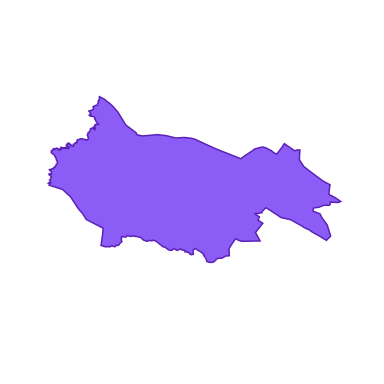 outline of Anka, Zamfara, Nigeria, rotated 124°
{"feature_id": "59680162B63960569375521", "entity_name": "Anka", "entity_type": "district", "adm_level": 2, "iso_a3": "NGA", "parent_name": "Nigeria", "parent_adm1": "Zamfara", "projection": "equal_earth", "projection_center": [6.08, 11.964], "detail": "fine", "context": "isolated", "style": "filled", "palette": "violet", "viewbox_px": 384, "rotation_deg": 124, "n_neighbors": 0, "source": "geoboundaries", "source_scale": "gbopen_adm2", "svg_char_len": 6055}
<svg xmlns="http://www.w3.org/2000/svg" viewBox="0 0 384 384"><g transform="rotate(124 192 192)"><path d="M116.7,63.4L116.6,69.8L117.4,77.2L113.6,79.3L108.8,81.6L109.7,89.5L108.9,106.2L108.3,114.3L107.8,114.8L106.2,118.9L104.8,121.3L96.8,126.1L98.4,128.4L100.4,129.8L100.3,142.5L104.6,142.4L113.2,142.9L113.6,145.2L113.7,146.1L113.3,150.0L113.5,150.5L113.9,152.7L113.8,154.1L114.9,158.1L116.0,159.5L121.3,164.1L124.3,165.1L132.5,168.5L137.1,170.1L142.4,194.1L144.2,203.9L146.6,219.0L147.6,222.2L151.3,229.2L156.2,235.4L159.7,244.9L163.6,252.5L173.3,264.5L175.3,269.5L174.1,271.7L173.5,284.3L167.1,298.3L165.2,305.7L164.5,310.0L164.5,313.0L164.1,315.8L164.3,318.6L164.7,322.1L165.2,322.0L165.5,321.2L166.0,320.8L167.3,320.9L167.5,320.5L168.6,320.7L168.9,320.6L168.8,320.2L169.3,320.1L169.5,319.9L169.8,320.0L170.3,319.6L171.2,319.7L172.0,319.6L172.7,319.2L173.7,319.6L174.1,320.3L174.4,320.3L175.2,321.0L176.4,321.7L176.7,321.4L177.2,321.3L177.2,321.0L177.8,320.5L177.9,320.2L179.5,320.4L179.8,320.5L180.0,320.8L180.3,320.8L180.7,321.0L180.8,321.3L181.1,321.5L181.3,321.9L181.8,322.0L182.4,322.8L182.7,322.6L182.7,321.6L183.2,321.3L183.2,320.8L184.1,319.3L184.7,319.2L185.4,320.2L186.0,320.0L186.0,319.2L185.7,317.9L185.2,317.5L184.4,315.1L184.6,314.4L185.2,314.1L185.6,313.5L185.4,313.1L185.6,312.8L186.0,313.0L187.3,310.7L187.5,310.0L187.9,309.3L187.9,307.8L188.1,308.0L188.5,307.9L188.8,308.3L189.4,308.6L189.5,309.2L189.9,309.3L189.9,309.7L190.5,310.0L191.1,310.0L191.5,309.5L191.6,309.1L192.0,308.8L192.7,309.7L193.4,310.0L193.4,308.0L193.6,307.6L194.9,307.4L194.9,308.1L194.5,310.0L195.1,310.2L195.4,310.5L195.5,311.2L196.2,311.5L197.5,311.2L198.4,310.6L199.3,310.6L200.7,311.4L201.0,311.1L201.9,310.9L202.7,310.4L203.0,310.7L203.4,310.4L203.7,310.4L204.4,309.0L204.7,308.5L205.3,308.4L205.7,307.7L207.4,307.6L207.7,307.9L207.6,308.6L208.2,308.9L208.2,310.1L208.8,310.7L208.9,312.0L209.7,313.3L209.8,313.8L210.0,313.9L210.0,313.6L210.4,313.6L210.4,314.0L210.8,314.6L211.4,314.8L212.8,316.2L213.1,316.2L214.7,315.8L214.8,315.3L215.2,315.0L215.4,315.6L216.3,315.6L216.2,316.0L216.4,316.1L216.7,315.9L216.9,316.3L218.1,316.5L218.8,317.1L219.1,317.0L219.7,316.0L220.2,315.9L220.4,316.3L220.7,316.3L221.0,316.8L221.0,317.4L220.8,317.6L220.7,318.1L221.0,318.3L220.9,318.9L220.6,319.0L220.5,319.4L220.9,319.6L220.9,319.8L220.5,320.9L220.3,320.9L220.3,321.0L220.4,321.6L220.7,321.7L221.0,322.1L221.4,321.9L221.8,322.3L222.1,321.9L222.4,321.9L222.8,322.3L223.0,321.9L223.3,322.2L223.8,322.2L223.9,321.9L223.8,321.4L224.1,321.0L224.0,320.7L224.0,320.3L223.5,319.6L223.8,319.3L223.7,318.8L224.4,318.7L224.4,319.2L224.8,319.7L225.0,319.1L225.3,319.5L225.2,319.7L225.7,319.9L225.8,320.2L226.0,320.2L225.9,321.3L226.3,321.0L226.6,321.1L226.8,321.5L226.5,322.3L226.7,322.6L227.2,322.5L227.3,322.8L227.0,323.1L227.1,323.3L227.5,323.3L227.7,323.7L227.5,323.9L228.1,324.6L228.0,324.8L228.0,325.6L228.3,325.7L228.9,325.3L229.0,325.1L229.0,324.6L229.1,324.2L229.8,324.0L230.3,324.7L230.6,324.7L230.6,325.1L230.3,325.2L230.4,325.6L231.1,325.6L231.0,325.2L231.4,325.6L231.2,326.1L231.6,326.2L231.3,326.7L231.0,326.8L231.3,327.2L231.1,327.5L231.1,328.1L231.5,328.9L231.9,328.7L232.2,329.3L233.2,329.6L233.2,330.1L233.0,330.3L233.1,330.7L233.4,330.8L233.7,330.6L234.1,331.1L234.5,330.8L235.2,330.9L235.4,331.2L236.0,331.1L236.2,331.6L236.5,331.6L236.8,331.1L237.5,331.1L238.2,330.4L238.3,328.7L238.2,327.6L238.9,325.6L239.7,324.7L239.8,323.5L240.4,323.0L240.8,322.9L241.0,322.3L241.9,321.7L241.7,321.1L241.9,320.5L242.7,320.2L243.3,319.5L244.1,319.5L244.9,320.1L246.0,319.5L247.0,319.7L247.9,319.5L248.0,319.5L248.0,319.9L248.2,320.1L249.2,320.0L249.7,320.2L250.0,320.0L250.5,320.7L251.0,321.1L251.7,320.9L252.2,321.4L252.3,321.9L253.2,322.7L253.5,322.1L253.6,320.9L254.0,320.0L255.3,318.8L255.9,318.5L256.6,320.4L257.2,320.6L257.6,320.2L257.7,318.4L257.9,317.5L258.4,316.6L259.0,316.9L260.4,316.5L262.0,316.7L262.6,315.0L263.2,314.2L263.5,314.4L263.6,315.0L263.9,315.4L264.3,315.5L264.7,316.0L265.2,316.1L265.1,314.5L265.6,314.0L266.2,314.1L262.3,300.8L263.9,290.0L268.9,278.2L270.1,274.7L270.9,271.2L273.9,264.2L271.7,245.5L276.9,242.5L287.2,237.5L287.0,237.1L286.1,233.8L285.6,232.6L284.9,232.1L283.5,229.5L282.9,229.5L281.6,228.1L281.2,227.5L280.9,226.0L280.3,225.2L278.4,225.0L278.1,224.1L277.2,223.2L276.1,223.0L274.7,223.0L272.3,222.4L271.2,224.0L269.9,224.4L269.3,224.8L268.8,225.4L268.4,225.4L267.5,224.0L266.5,221.7L265.5,221.3L264.3,221.2L264.0,221.0L263.9,219.9L263.3,218.1L262.4,217.6L262.0,216.7L261.2,216.2L261.1,215.2L259.6,212.5L258.5,209.2L258.5,207.8L259.0,206.4L258.8,204.3L258.2,202.9L258.3,202.3L258.1,201.8L255.5,199.7L255.4,198.8L255.1,198.2L254.4,197.7L253.8,197.5L253.4,196.4L253.1,195.1L252.9,192.8L253.3,190.1L253.3,188.4L253.6,187.0L253.6,185.3L253.2,184.1L252.8,183.5L252.8,183.0L253.0,182.3L253.1,180.3L252.8,178.2L252.6,177.4L251.5,176.0L250.9,175.7L249.6,175.7L249.0,175.5L248.9,175.0L249.0,172.5L248.7,171.8L248.2,171.2L246.0,170.1L246.0,169.5L245.7,169.2L245.5,168.7L245.6,168.2L245.5,167.3L244.8,166.3L244.4,165.3L244.9,164.7L245.5,164.5L244.8,163.2L244.8,162.3L244.3,161.9L243.9,160.8L244.4,159.9L244.7,158.8L244.4,157.5L243.8,157.1L242.9,156.0L240.3,158.3L238.7,158.3L237.0,157.8L237.0,154.8L236.8,150.9L237.0,148.6L237.3,147.2L237.8,147.2L238.6,145.6L238.7,144.8L239.3,143.4L240.3,141.9L240.9,141.5L241.3,141.0L240.6,138.0L239.9,137.3L239.1,135.9L237.5,134.7L233.4,133.9L232.8,133.6L232.3,133.1L230.0,130.1L226.2,128.2L224.0,125.4L218.3,129.6L215.5,129.8L206.3,129.8L206.1,126.7L205.0,123.1L194.5,108.2L190.1,116.7L178.3,115.8L178.4,121.5L174.9,122.2L175.1,127.4L174.8,127.5L174.0,127.1L173.3,125.8L172.3,124.6L171.5,124.0L170.0,122.4L169.6,123.1L166.2,122.4L164.9,122.3L163.8,121.8L163.5,119.2L163.4,103.9L159.8,94.7L158.7,81.4L158.8,79.2L157.8,73.3L158.0,71.2L157.7,66.3L157.4,64.1L156.9,53.5L151.0,52.4L143.6,61.7L140.8,69.7L138.5,73.8L140.1,80.7L138.5,82.0L136.9,82.0L134.0,78.5L129.2,75.2L126.3,70.8L125.1,70.5L123.8,71.0L123.0,71.7L119.8,66.2L118.7,64.7L116.7,63.4Z" fill="#8b5cf6" stroke="#5b21b6" stroke-width="1.5"/></g></svg>